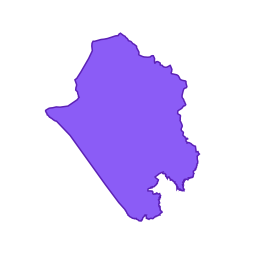 Marquis Estate, Dauphin, Saint Lucia, rotated 69°
{"feature_id": "8701671B42547396516194", "entity_name": "Marquis Estate", "entity_type": "district", "adm_level": 2, "iso_a3": "LCA", "parent_name": "Saint Lucia", "parent_adm1": "Dauphin", "projection": "robinson", "projection_center": [-60.9, 14.029], "detail": "fine", "context": "isolated", "style": "filled", "palette": "violet", "viewbox_px": 256, "rotation_deg": 69, "n_neighbors": 0, "source": "geoboundaries", "source_scale": "gbopen_adm2", "svg_char_len": 5757}
<svg xmlns="http://www.w3.org/2000/svg" viewBox="0 0 256 256"><g transform="rotate(69 128 128)"><path d="M64.0,160.3L68.9,160.4L70.3,161.0L71.6,162.1L73.8,163.2L76.1,162.2L78.2,162.6L79.9,162.6L81.0,163.0L81.7,162.6L83.4,165.3L84.0,167.7L86.0,176.2L84.2,184.0L82.6,187.5L82.1,191.1L81.4,193.7L81.3,194.9L81.8,197.6L81.7,197.5L82.0,198.4L82.4,198.8L84.5,198.8L84.9,198.5L86.8,198.7L87.6,198.0L89.9,197.3L90.3,196.7L91.1,196.4L91.7,195.8L93.8,194.6L95.3,193.4L96.0,192.3L114.2,184.7L172.4,169.5L194.4,163.3L203.1,160.0L203.5,160.1L204.3,159.7L205.0,159.8L205.8,159.5L207.2,159.5L208.5,159.1L209.5,159.2L209.8,158.7L211.0,158.4L212.9,156.8L213.7,156.3L214.7,154.8L214.8,154.3L215.1,154.3L215.3,154.0L215.3,152.8L215.8,152.6L216.2,152.7L217.5,151.4L218.4,151.1L219.1,150.0L219.1,149.3L219.5,149.1L219.3,148.4L218.7,148.2L218.7,147.6L217.0,146.2L216.4,144.7L215.4,143.7L215.7,143.0L216.0,142.7L215.7,142.5L215.9,142.2L216.1,142.7L216.4,142.8L217.4,142.8L217.6,142.9L217.9,142.9L218.7,142.7L218.8,142.9L219.0,143.1L219.4,142.4L219.8,142.2L220.3,141.7L220.3,141.1L220.7,141.0L220.5,140.6L220.5,139.1L221.0,138.2L221.3,137.8L221.5,137.3L221.5,137.0L220.6,134.9L220.8,133.8L220.3,133.3L220.5,133.0L220.6,131.5L220.3,130.9L220.3,130.2L220.7,129.4L220.0,129.2L219.4,128.6L218.9,126.4L218.7,126.3L217.9,126.4L217.4,126.9L216.4,127.3L216.0,127.3L215.6,127.0L214.8,127.0L214.2,126.7L213.8,126.8L213.7,126.6L212.9,126.2L212.6,126.3L212.8,126.8L212.5,127.1L211.3,126.7L210.8,126.9L209.7,126.3L209.4,125.3L209.2,125.2L208.4,125.5L207.6,125.0L206.0,125.3L205.9,125.0L206.1,124.7L205.8,124.0L205.7,123.9L205.3,124.1L205.2,123.8L204.8,123.7L204.3,123.9L203.7,123.4L203.6,123.1L203.9,123.1L204.0,123.3L204.4,122.7L202.7,122.0L202.6,121.8L202.1,122.1L200.6,122.0L200.7,123.1L200.5,123.4L199.7,123.9L199.6,124.3L199.1,124.3L198.9,124.5L199.0,124.8L199.4,124.9L199.6,125.7L199.5,125.9L199.1,126.0L199.0,126.9L199.2,127.4L198.7,128.1L198.1,128.3L196.7,127.7L195.6,128.0L195.5,128.4L195.2,128.7L195.3,129.0L194.8,129.5L194.7,129.9L193.9,131.9L193.3,131.8L192.3,131.3L191.9,130.6L192.2,128.5L191.7,128.2L191.5,127.8L191.6,127.4L192.5,127.1L192.4,126.8L191.6,126.2L192.1,125.3L192.1,124.6L191.9,124.3L191.9,124.0L191.5,123.6L191.4,122.7L190.9,121.9L190.9,121.6L190.3,121.3L190.2,120.6L189.9,120.6L189.6,120.1L188.6,119.7L188.3,118.9L187.3,118.2L184.8,119.8L183.4,120.3L183.3,120.1L182.4,116.7L182.0,115.9L181.8,114.4L181.6,112.7L181.8,111.2L182.1,111.5L182.9,111.8L183.3,111.5L183.5,110.6L183.5,110.1L183.7,109.9L184.6,109.8L184.6,109.5L184.9,109.3L186.0,110.0L186.4,109.8L186.7,110.0L187.1,109.5L187.5,109.3L188.0,109.7L188.4,109.7L188.5,109.2L189.1,109.2L188.6,108.8L188.5,108.0L188.2,107.6L188.2,107.4L189.0,107.1L189.6,107.3L189.9,107.0L190.5,106.8L192.4,107.3L191.9,106.9L191.4,106.8L191.7,106.1L191.9,106.2L192.2,106.0L192.8,105.1L193.4,105.1L194.0,104.9L194.2,104.5L195.1,104.0L195.3,103.6L195.8,104.3L196.0,104.2L196.0,103.9L196.3,103.9L197.0,103.7L197.8,103.5L197.6,103.3L197.7,103.1L198.2,103.0L198.3,102.9L198.6,103.1L199.0,103.0L199.3,103.3L200.4,103.4L202.6,104.2L202.4,103.9L200.0,103.0L201.0,102.6L201.5,102.8L201.6,103.1L201.9,102.9L202.5,103.1L203.0,102.9L203.7,102.3L203.5,101.5L204.1,101.1L204.4,101.5L204.4,100.9L204.8,100.7L205.2,100.9L206.1,99.7L206.1,99.1L206.4,98.8L206.4,98.5L206.6,98.2L206.3,98.1L205.8,98.4L205.7,99.0L205.5,97.8L205.2,98.0L204.9,98.0L204.8,97.7L203.9,97.9L203.0,97.8L202.3,97.3L201.5,97.6L201.2,97.5L201.1,96.6L200.9,96.6L200.7,97.0L200.3,96.8L200.2,97.0L199.8,96.4L199.3,96.0L198.7,96.2L198.7,95.9L198.1,95.9L198.1,95.6L198.3,94.9L198.2,94.8L197.8,95.1L197.9,94.9L197.4,94.9L197.1,94.8L197.0,94.2L196.7,94.1L197.2,93.6L197.1,93.4L196.9,93.5L196.3,93.4L196.3,93.2L196.6,92.2L196.9,91.5L197.7,90.9L197.8,90.6L197.5,90.4L197.1,89.7L196.3,89.7L196.4,89.3L196.2,89.1L196.4,88.6L196.9,88.5L196.7,87.6L197.0,87.6L197.1,87.1L196.8,86.7L197.1,86.1L196.8,85.8L196.8,85.3L197.1,85.2L197.0,84.9L196.4,84.4L195.4,84.0L195.2,83.6L194.3,83.3L194.1,82.8L193.7,83.0L193.1,82.8L192.7,82.9L191.7,82.4L191.4,81.2L191.5,80.8L191.1,80.3L191.0,79.8L190.9,79.7L190.5,80.0L189.9,79.6L189.8,78.7L189.6,78.4L188.1,77.7L187.9,77.2L187.6,77.0L186.4,76.6L186.1,75.8L185.6,75.5L184.1,74.8L181.9,74.5L179.5,73.6L179.1,73.6L177.9,70.7L176.8,71.2L175.1,71.1L174.7,72.9L169.2,71.6L169.0,71.8L168.6,72.5L166.8,74.0L165.1,74.8L163.7,76.1L163.3,76.6L163.2,78.2L162.4,77.9L161.3,78.5L159.9,78.2L159.5,77.3L159.6,76.2L159.3,76.1L159.0,76.2L158.7,76.9L157.9,78.0L157.4,78.1L156.6,78.0L155.5,78.9L154.7,79.2L154.3,79.2L152.0,77.9L151.2,78.1L149.6,79.0L148.7,79.0L147.4,78.3L146.5,77.3L145.6,76.6L144.1,76.4L139.5,76.7L138.7,76.1L137.1,75.6L136.4,75.1L135.2,74.6L134.8,74.7L132.7,76.3L132.1,76.4L130.4,75.6L129.8,75.1L128.9,70.7L127.5,68.5L127.4,68.0L127.6,67.1L127.0,65.8L126.4,65.7L124.9,65.9L124.3,65.7L123.5,66.0L121.2,65.9L119.1,66.5L118.1,66.3L116.9,65.8L112.8,63.0L111.5,61.8L111.2,60.8L111.3,59.3L110.9,58.6L110.5,58.2L107.0,57.8L105.3,57.2L104.6,57.6L102.9,60.3L102.1,61.2L101.0,61.9L98.6,62.1L97.2,62.4L95.8,63.4L93.0,67.7L92.6,68.0L91.6,67.8L91.0,67.1L89.0,66.0L84.7,66.1L84.6,66.7L84.9,67.8L85.1,69.6L85.0,70.5L84.7,71.4L84.0,72.4L83.2,73.2L81.8,73.6L80.6,75.3L79.0,74.7L78.2,75.1L77.6,75.8L76.9,76.2L76.5,76.8L76.3,77.6L76.4,78.2L76.9,78.9L77.1,79.6L76.9,79.8L74.9,79.3L72.7,78.3L69.6,78.5L69.2,79.4L69.1,80.3L69.6,81.9L69.1,84.0L67.5,87.4L66.6,88.7L64.0,91.3L63.4,91.6L62.8,91.5L62.0,90.9L60.9,90.6L56.2,91.2L54.7,90.7L51.8,92.4L51.1,93.2L48.4,94.2L47.7,94.9L46.7,96.2L46.3,96.4L45.6,96.3L44.1,96.7L42.7,97.6L41.5,97.8L40.0,99.1L36.8,101.1L37.1,102.6L38.2,104.1L37.5,106.9L37.1,115.0L36.5,118.5L35.7,121.6L35.1,128.0L34.5,129.5L36.0,131.2L38.5,132.4L43.1,133.6L49.0,139.8L58.7,151.8L63.3,158.0L64.0,160.3Z" fill="#8b5cf6" stroke="#5b21b6" stroke-width="1.5"/></g></svg>